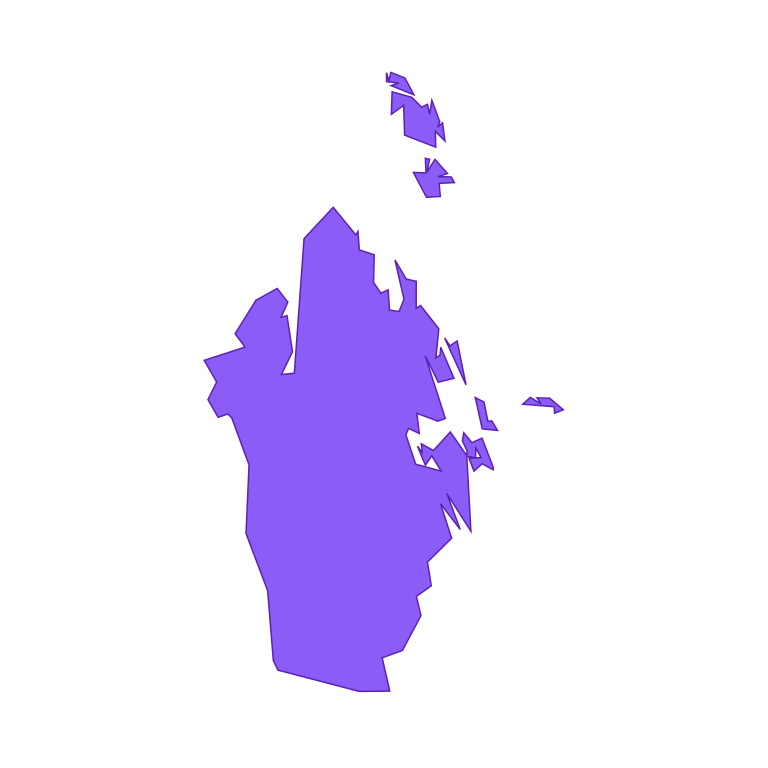 Bjugn nor, Sør-Trøndelag, Norway (orthographic projection), rotated 103°
{"feature_id": "86288312B97318118947912", "entity_name": "Bjugn nor", "entity_type": "district", "adm_level": 2, "iso_a3": "NOR", "parent_name": "Norway", "parent_adm1": "Sør-Trøndelag", "projection": "orthographic", "projection_center": [9.771, 63.825], "detail": "medium", "context": "isolated", "style": "filled", "palette": "violet", "viewbox_px": 768, "rotation_deg": 103, "n_neighbors": 0, "source": "geoboundaries", "source_scale": "gbopen_adm2", "svg_char_len": 1965}
<svg xmlns="http://www.w3.org/2000/svg" viewBox="0 0 768 768"><g transform="rotate(103 384 384)"><path d="M401.4,564.5L419.7,547.5L438.8,552.0L453.8,538.1L448.3,529.4L451.4,524.6L493.2,497.3L560.7,484.8L611.5,450.9L678.4,429.6L686.7,422.9L689.1,338.9L681.9,309.3L651.2,324.2L639.4,306.1L601.4,295.9L583.6,304.7L570.0,292.5L547.7,301.6L519.0,283.4L488.0,302.0L508.6,277.0L476.5,298.2L507.9,266.2L435.7,287.1L435.4,278.2L425.8,280.1L433.8,272.8L437.3,284.4L448.6,276.7L439.6,270.4L443.0,258.4L440.6,258.8L414.7,276.3L421.4,285.1L413.6,295.3L421.9,294.8L430.3,288.1L433.9,287.4L434.4,288.1L415.8,308.6L437.7,320.9L433.9,334.1L442.2,331.3L437.1,337.4L453.8,325.4L443.2,321.3L456.0,308.7L455.0,335.1L428.7,351.2L421.7,350.1L424.3,338.5L405.2,345.3L408.1,323.2L403.8,316.5L347.2,350.2L370.0,331.6L362.7,317.1L335.4,337.0L343.3,335.9L346.8,339.3L317.9,343.0L299.3,366.0L302.9,369.7L276.6,375.7L276.8,385.8L260.8,401.2L296.8,383.6L310.0,385.6L310.7,395.3L291.4,401.1L296.2,407.5L287.4,417.0L260.3,422.6L258.9,438.2L241.2,443.7L245.1,445.0L223.3,473.2L260.3,494.6L393.6,473.8L397.8,486.1L373.2,480.4L339.2,493.9L342.1,499.3L325.9,496.1L314.9,509.5L331.2,527.6L368.5,540.4L379.3,527.7L401.4,564.5ZM133.5,379.3L116.4,385.7L121.8,389.5L116.0,388.6L96.8,401.2L110.9,400.2L101.7,404.6L105.8,409.6L98.4,421.5L97.5,441.8L119.5,437.5L108.1,427.5L136.9,419.9L141.6,386.9L126.3,390.8L133.5,379.3ZM171.9,360.7L167.1,365.2L169.9,378.1L164.6,369.5L153.7,384.9L167.7,389.7L154.8,390.1L154.8,394.5L168.9,390.5L171.2,403.0L192.5,384.6L188.6,371.3L176.1,375.4L171.9,360.7ZM366.4,303.9L325.6,322.4L332.0,328.3L325.5,335.3L366.4,303.9ZM405.6,278.2L403.7,262.9L395.7,270.7L396.9,274.4L379.1,282.5L376.7,292.0L405.6,278.2ZM368.8,203.5L360.6,219.3L363.1,231.8L368.2,226.4L364.1,238.4L372.5,244.3L367.9,213.2L374.1,211.2L368.8,203.5ZM95.5,419.9L81.1,432.5L78.9,447.4L87.6,447.5L80.1,451.6L88.8,449.6L87.3,437.2L91.7,444.2L95.5,419.9Z" fill="#8b5cf6" stroke="#5b21b6" stroke-width="1.5"/></g></svg>